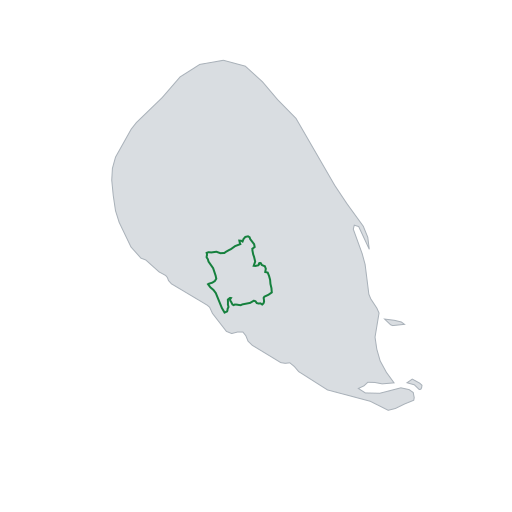 location of Pŏḷŏnnaruva within Sri Lanka, rotated 155°
{"feature_id": "LKA-2453", "entity_name": "Pŏḷŏnnaruva", "entity_type": "District", "adm_level": 1, "iso_a3": "LKA", "parent_name": "Sri Lanka", "parent_adm1": "", "projection": "mercator", "projection_center": [81.021, 7.997], "detail": "fine", "context": "in_parent", "style": "outline", "palette": "green", "viewbox_px": 512, "rotation_deg": 155, "n_neighbors": 0, "source": "natural_earth", "source_scale": "10m", "svg_char_len": 2542}
<svg xmlns="http://www.w3.org/2000/svg" viewBox="0 0 512 512"><g transform="rotate(155 256 256)"><path d="M174.0,58.6L183.7,59.1L194.1,58.9L201.4,60.3L213.9,76.1L247.8,104.4L266.2,133.2L267.9,139.5L270.5,144.9L274.9,146.4L278.6,148.9L297.1,176.6L299.2,182.1L298.9,188.1L300.0,192.6L304.8,194.9L310.8,196.0L314.7,200.2L319.7,222.3L319.7,229.2L321.1,232.2L344.4,266.5L345.7,270.7L345.4,273.8L346.1,276.5L350.6,282.6L357.6,299.0L361.2,302.7L365.5,317.0L365.8,344.3L364.2,356.4L359.8,371.2L354.7,385.7L349.1,396.1L341.5,405.0L315.5,423.7L308.0,427.5L274.1,439.2L249.1,450.4L226.0,453.4L202.9,447.2L185.5,432.6L176.5,411.1L170.4,388.7L161.6,363.8L154.8,286.7L151.5,265.1L146.2,237.6L146.8,225.7L150.5,214.2L150.5,239.3L153.9,242.4L156.5,239.2L158.8,213.2L160.7,202.2L169.9,173.6L170.1,168.5L168.5,157.7L168.6,152.3L182.4,132.2L185.9,120.5L187.8,108.5L187.0,95.5L184.5,82.7L195.7,86.8L201.8,91.2L208.0,94.3L213.0,92.7L219.2,92.7L214.8,85.7L201.9,79.3L180.4,75.3L173.7,70.2L171.2,65.8L172.5,60.7L174.0,58.6ZM163.1,136.8L166.1,144.5L157.7,139.2L152.2,134.8L150.3,131.3L161.6,135.2L163.1,136.8ZM172.7,77.3L166.4,78.4L161.4,71.6L160.2,68.7L161.5,66.7L162.9,65.6L164.5,66.0L166.9,72.3L172.7,77.3Z" fill="#d9dde1" stroke="#a8b0b8" stroke-width="1"/><path d="M256.0,248.2L255.1,247.9L254.6,247.3L254.6,245.5L253.2,243.9L252.3,243.0L252.5,240.3L254.4,237.6L252.4,236.0L252.6,232.4L253.3,228.4L254.7,224.6L255.6,220.3L257.1,216.3L261.1,215.6L265.6,215.6L266.8,214.8L267.3,213.0L268.0,211.2L269.3,209.9L270.9,209.4L272.0,211.2L273.7,211.8L275.2,213.0L275.6,215.2L276.9,216.4L281.2,216.0L288.8,217.9L290.7,217.9L292.3,218.9L294.0,220.1L295.8,221.0L297.0,220.9L297.8,222.0L297.9,223.3L297.9,224.6L298.2,226.5L297.7,227.8L296.5,228.5L296.9,228.8L297.4,229.0L299.9,228.4L301.4,225.0L301.9,224.1L302.5,221.4L303.2,220.8L304.0,220.2L304.7,219.0L305.6,218.0L306.8,218.0L308.4,218.0L308.9,223.3L308.1,239.4L308.9,243.2L310.6,246.9L311.4,250.7L310.5,250.8L306.8,250.3L303.9,250.7L301.6,252.2L300.9,255.2L300.0,263.1L301.4,271.0L301.0,273.3L301.3,275.7L300.7,276.8L300.1,277.4L299.6,278.6L299.4,279.7L297.4,279.5L295.0,278.1L290.1,276.6L287.1,273.6L283.4,272.1L281.6,272.5L277.8,272.8L275.9,272.8L270.7,273.8L265.2,273.4L265.0,275.2L264.6,277.0L263.0,276.1L262.1,274.8L260.1,276.7L257.6,277.8L254.9,277.2L253.9,275.7L254.1,273.7L252.7,267.5L253.4,264.7L256.3,264.1L256.5,263.3L256.9,262.6L257.9,258.5L258.1,256.1L259.1,251.3L262.2,248.1L260.7,247.2L259.1,246.9L257.9,246.6L256.7,247.1L256.6,247.8L256.0,248.2Z" fill="none" stroke="#15803d" stroke-width="2"/></g></svg>